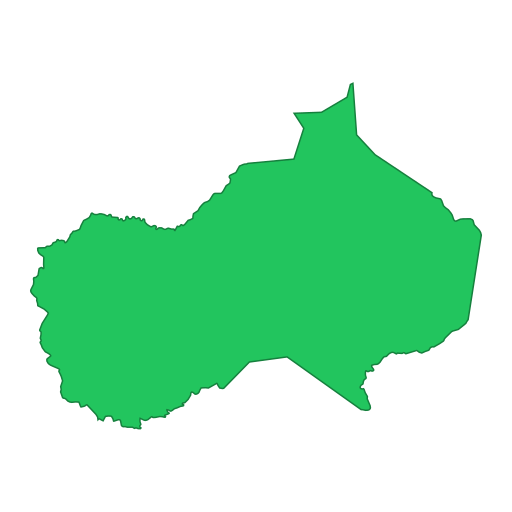 Gualcince, Lempira, Honduras
{"feature_id": "27666195B50739684547416", "entity_name": "Gualcince", "entity_type": "district", "adm_level": 2, "iso_a3": "HND", "parent_name": "Honduras", "parent_adm1": "Lempira", "projection": "orthographic", "projection_center": [-88.598, 14.136], "detail": "fine", "context": "isolated", "style": "filled", "palette": "green", "viewbox_px": 512, "rotation_deg": 0, "n_neighbors": 0, "source": "geoboundaries", "source_scale": "gbopen_adm2", "svg_char_len": 5980}
<svg xmlns="http://www.w3.org/2000/svg" viewBox="0 0 512 512"><path d="M361.1,409.6L362.8,409.7L365.5,410.3L367.5,410.2L368.8,409.9L369.5,409.4L370.1,408.7L370.4,407.8L370.1,405.7L367.2,398.8L367.4,396.5L365.2,392.7L364.0,389.3L363.4,388.7L362.3,389.0L361.2,388.7L360.4,388.2L360.1,387.4L360.4,386.3L361.0,385.3L361.6,384.8L362.6,384.3L363.0,383.8L363.3,381.8L364.0,380.0L364.7,379.3L365.8,378.6L366.1,378.0L366.1,377.3L365.6,376.0L365.4,374.6L365.4,372.3L365.7,371.0L366.4,370.8L367.3,371.5L368.1,371.6L368.9,371.4L370.1,370.6L372.1,371.1L373.0,370.9L373.6,370.4L373.7,369.9L373.4,369.1L372.3,367.6L371.7,366.5L371.6,365.7L371.9,365.2L374.3,364.5L377.0,364.3L378.4,363.7L380.0,362.2L382.1,359.0L383.6,357.2L384.4,356.7L385.8,356.5L386.5,356.3L388.7,354.0L390.2,353.0L391.7,352.4L392.6,352.3L393.9,352.6L396.3,353.9L396.7,353.8L397.3,353.1L402.0,353.4L403.8,352.6L404.5,352.8L405.4,353.6L406.0,353.7L416.5,350.5L417.2,350.7L419.2,352.2L421.8,353.0L425.3,351.4L428.3,350.4L429.1,349.9L429.9,348.3L430.9,347.3L432.2,346.8L433.9,346.9L439.5,343.7L443.1,341.3L443.8,340.6L444.2,339.3L445.3,337.8L451.5,331.7L452.6,331.1L458.4,329.4L465.8,323.4L466.8,321.5L468.1,319.7L481.3,235.1L480.6,232.5L479.3,230.2L474.2,224.8L473.1,220.7L472.3,219.7L470.3,218.8L463.0,218.9L460.3,219.2L456.1,221.1L455.4,221.1L454.7,220.8L453.7,219.7L452.2,215.1L450.9,213.0L448.3,209.8L445.4,207.7L443.5,205.8L441.7,200.7L440.7,199.1L440.1,198.8L435.9,197.9L433.8,196.9L432.5,195.9L432.1,195.2L431.8,193.9L432.0,192.7L375.0,154.7L356.6,134.9L352.9,83.3L350.4,84.5L347.1,97.2L321.5,112.3L294.1,113.3L303.8,128.3L293.9,159.1L247.8,163.4L246.6,164.0L244.7,164.1L243.2,164.5L239.5,166.1L235.9,172.6L231.1,174.8L229.7,175.6L229.3,176.5L229.3,177.3L229.7,178.0L230.4,178.6L230.5,179.7L230.0,182.9L228.7,184.1L226.2,185.7L223.2,191.1L221.7,193.0L220.9,193.4L214.9,193.4L213.8,193.9L212.9,194.9L209.6,200.2L207.5,201.6L205.0,202.4L203.7,203.2L201.9,205.0L199.8,207.5L198.0,210.7L193.5,213.7L193.0,216.1L192.9,218.0L192.7,218.5L190.3,219.7L188.2,220.3L184.8,224.4L183.3,225.5L182.7,225.5L182.0,224.9L181.3,224.7L180.7,225.0L179.9,226.1L179.2,226.5L178.5,226.6L177.6,226.2L177.2,226.3L175.0,230.5L174.5,230.4L174.3,229.5L173.9,229.1L171.5,229.1L168.5,228.2L167.4,228.4L166.0,229.2L165.0,229.4L163.7,229.1L161.7,227.9L159.4,227.8L158.3,228.1L157.1,229.3L156.2,229.4L155.7,228.7L156.3,227.2L156.2,226.6L155.8,226.1L155.1,225.7L154.4,225.6L153.6,225.7L151.7,226.7L150.8,226.7L149.9,226.3L147.2,224.6L145.3,222.6L144.8,221.6L144.6,219.8L144.0,219.0L143.1,219.0L142.3,220.4L141.8,220.7L141.2,220.7L140.3,220.1L140.0,218.6L139.3,217.9L138.3,217.8L136.9,218.6L136.0,218.7L135.2,218.3L134.4,217.0L133.7,216.7L132.7,216.8L131.5,218.4L130.2,218.9L129.5,218.8L128.8,218.4L127.7,216.6L127.2,216.4L126.6,216.5L125.8,217.4L125.9,218.8L125.6,219.6L124.5,220.5L123.3,220.9L122.6,220.5L122.3,219.3L121.6,218.8L120.8,218.8L119.9,219.8L119.1,219.9L118.5,219.7L118.2,219.3L118.1,217.9L117.6,217.5L112.1,217.1L111.5,216.5L111.0,215.0L110.2,214.5L109.2,214.6L108.2,215.7L107.3,215.9L106.5,215.7L104.5,214.6L101.6,213.9L99.7,213.8L97.4,214.5L96.0,214.6L93.9,214.3L92.3,213.2L91.9,213.1L91.2,213.6L90.6,215.3L89.2,217.6L86.3,219.3L84.3,220.2L83.6,220.7L81.1,225.5L80.2,228.1L79.5,229.4L76.4,230.7L74.7,231.2L73.5,231.2L73.0,231.5L72.1,232.9L70.4,234.7L69.8,236.9L66.9,241.5L65.9,242.5L65.4,242.7L64.9,242.6L64.5,241.3L63.8,240.7L61.6,240.3L59.3,240.7L58.8,240.4L58.3,239.7L57.6,239.6L57.0,240.0L56.7,240.9L56.2,241.6L55.3,242.1L53.3,242.7L52.8,243.3L52.1,244.8L50.2,246.0L49.3,246.3L47.8,246.2L46.9,246.3L46.2,246.7L45.6,247.5L45.2,247.7L38.9,247.9L38.1,248.0L37.7,248.4L37.8,250.5L38.8,253.0L40.5,254.6L43.0,256.2L43.8,257.3L43.6,264.5L43.9,268.0L43.6,268.5L43.0,268.6L42.1,267.7L41.2,267.5L39.3,268.5L39.1,268.9L38.0,275.4L36.1,277.2L35.4,277.5L34.2,277.6L33.7,278.0L33.5,278.9L33.8,281.3L33.5,284.5L30.9,289.7L30.7,290.9L31.1,292.2L32.1,293.6L34.3,296.0L36.3,297.5L36.8,298.2L36.9,298.8L36.7,300.5L37.6,303.4L37.8,305.7L44.0,309.0L47.0,311.6L48.1,312.7L48.2,313.2L47.6,314.8L42.2,323.4L39.7,330.0L39.8,330.7L40.8,331.6L41.1,332.5L41.0,334.8L40.3,338.2L41.0,339.9L41.1,340.7L40.9,341.3L40.2,342.1L40.2,342.7L41.3,344.9L42.3,347.7L45.0,351.4L45.5,351.9L47.3,352.8L49.4,354.1L50.2,354.8L50.7,355.5L50.7,356.0L50.4,356.3L47.3,358.7L46.9,359.3L46.9,361.0L47.9,362.9L48.9,364.0L50.5,365.1L52.9,366.2L57.8,368.3L58.9,368.9L59.5,369.5L59.5,370.1L58.9,371.0L59.0,371.7L60.3,374.2L61.3,376.5L62.6,380.9L60.7,386.6L61.2,389.5L60.6,391.9L62.6,397.6L63.3,398.1L64.7,398.4L65.6,398.8L67.9,401.1L69.8,402.0L71.7,402.3L75.7,401.9L78.8,402.1L79.2,402.7L80.4,406.0L81.0,407.0L84.0,406.3L85.3,405.7L86.5,404.8L87.1,404.9L96.0,414.4L97.6,417.0L98.0,419.7L98.7,418.9L99.2,418.8L103.1,420.8L105.2,416.8L105.5,416.4L108.2,416.0L110.9,416.1L111.6,416.5L112.7,418.4L113.2,419.5L113.5,420.9L113.8,421.2L118.3,419.7L119.4,419.7L120.0,420.0L120.4,420.5L120.7,421.6L121.4,425.3L121.9,426.0L122.6,426.5L123.4,426.7L125.1,426.6L127.4,427.2L132.5,427.2L134.3,428.3L134.8,428.3L135.9,427.8L138.1,428.6L140.3,428.7L140.8,428.3L140.9,427.8L139.9,427.0L139.7,426.2L139.9,425.5L140.7,424.7L140.8,424.2L140.0,421.8L139.9,419.7L140.1,418.3L144.2,420.2L145.3,420.4L146.7,420.1L147.9,419.6L151.6,416.7L152.0,416.7L152.8,417.4L153.3,417.5L155.4,417.4L159.8,416.5L162.3,416.7L164.3,417.2L165.2,417.2L165.5,416.6L164.6,415.9L164.7,415.3L168.7,413.7L169.1,413.4L169.0,413.0L168.2,412.5L167.7,412.0L166.8,410.0L166.9,409.7L168.8,410.1L170.1,411.0L170.9,411.1L172.4,410.3L174.4,408.7L177.0,407.9L180.4,406.4L182.7,406.0L183.5,405.7L183.7,404.9L183.4,404.6L182.4,404.3L182.3,403.8L182.4,403.4L183.1,402.9L184.3,402.8L184.9,402.6L188.1,399.4L190.6,395.2L190.8,393.3L191.2,392.4L191.6,392.1L192.1,392.1L193.1,392.5L195.0,394.1L195.7,394.2L196.7,394.0L197.9,393.4L198.9,392.4L200.1,389.6L201.2,387.9L205.6,387.7L208.4,388.0L216.8,383.3L217.1,383.5L218.1,385.6L219.7,388.0L222.4,388.5L223.7,388.3L249.4,362.0L287.1,356.9L361.1,409.6Z" fill="#22c55e" stroke="#15803d" stroke-width="1.5"/></svg>